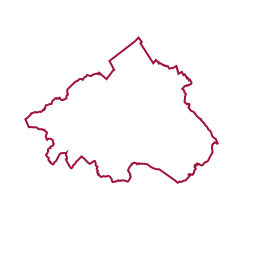 the district of Coeneo, Michoacán, Mexico, rotated 43°
{"feature_id": "50627088B32739795926391", "entity_name": "Coeneo", "entity_type": "district", "adm_level": 2, "iso_a3": "MEX", "parent_name": "Mexico", "parent_adm1": "Michoacán", "projection": "albers", "projection_center": [-101.63, 19.787], "detail": "fine", "context": "isolated", "style": "outline", "palette": "rose", "viewbox_px": 256, "rotation_deg": 43, "n_neighbors": 0, "source": "geoboundaries", "source_scale": "gbopen_adm2", "svg_char_len": 5655}
<svg xmlns="http://www.w3.org/2000/svg" viewBox="0 0 256 256"><g transform="rotate(43 128 128)"><path d="M98.1,205.7L97.6,203.0L97.9,201.3L97.8,200.7L96.1,194.8L96.0,193.6L96.1,192.7L96.6,191.6L99.3,189.0L99.6,188.5L99.7,188.1L99.8,188.4L100.0,188.7L100.1,189.1L101.2,190.3L101.6,190.5L102.0,190.4L103.3,191.0L104.6,192.6L104.0,193.3L104.9,193.8L107.3,194.5L109.9,195.5L110.4,195.3L111.5,195.9L112.1,196.0L113.9,196.2L114.2,195.6L114.2,194.8L113.9,193.7L113.3,192.1L113.7,191.0L113.5,189.4L113.1,188.8L113.3,186.6L113.5,180.4L117.1,180.3L122.9,180.6L123.5,180.4L124.5,180.3L125.0,178.8L125.5,175.7L126.2,174.8L126.6,174.7L129.1,176.4L129.3,176.6L129.5,177.1L129.8,177.4L130.4,177.5L131.5,177.2L132.2,177.2L132.4,177.5L132.8,179.0L133.0,179.3L133.5,179.6L135.2,179.8L135.4,180.0L135.4,181.0L135.7,181.4L136.0,181.6L136.4,181.7L136.9,181.7L137.6,181.4L137.8,181.7L138.1,182.6L138.3,182.6L139.3,182.2L140.1,182.4L140.6,182.3L140.9,182.4L141.8,181.8L142.2,181.7L142.5,180.6L142.8,180.4L142.9,179.9L144.7,178.9L145.1,178.5L145.7,177.3L146.1,176.7L146.8,176.3L147.4,176.0L148.4,176.0L149.8,176.4L150.9,176.5L151.7,177.0L152.4,177.7L153.0,177.9L153.6,178.0L154.8,176.5L155.9,174.9L156.5,172.9L157.9,172.6L158.6,171.1L159.2,171.0L159.8,169.9L161.1,168.9L164.3,167.5L164.5,166.4L163.5,162.2L163.3,161.9L162.6,161.5L161.9,161.3L161.6,160.4L161.3,160.2L160.4,160.2L159.9,159.9L159.1,159.7L158.2,159.2L157.7,159.2L157.3,159.3L157.1,159.1L156.2,157.2L155.6,154.3L155.7,153.4L155.9,152.9L155.8,152.2L155.6,152.0L155.2,151.8L155.8,150.4L156.1,149.2L157.8,148.2L159.2,148.4L159.7,147.1L160.1,147.2L160.2,146.5L160.7,146.3L160.6,146.0L161.5,145.6L163.9,143.4L166.7,141.4L170.8,141.0L173.6,140.3L176.9,138.7L179.1,136.9L198.0,134.3L201.6,134.2L202.4,131.9L203.9,130.9L204.5,129.0L204.8,128.8L205.1,128.0L205.8,127.0L205.9,126.2L205.7,120.8L205.2,120.8L204.2,120.9L204.1,120.3L204.7,119.4L206.3,118.9L207.0,118.4L206.8,117.6L207.1,117.2L206.8,116.7L206.7,116.2L206.8,115.8L206.7,115.5L206.3,115.3L205.5,114.1L205.4,111.6L205.1,111.3L203.4,111.3L203.0,109.9L203.1,109.7L202.7,109.2L202.2,109.4L202.2,109.1L202.4,108.7L202.8,108.6L202.6,108.4L202.7,108.2L203.6,108.0L203.6,107.7L204.0,107.3L203.8,106.6L203.5,106.5L204.5,106.0L204.5,105.8L204.3,105.7L204.7,105.7L205.0,105.8L205.2,105.7L205.7,105.8L206.4,105.7L207.4,105.2L208.0,103.3L207.7,102.7L207.6,101.1L207.9,100.0L208.2,99.7L208.6,99.2L208.7,98.4L209.0,97.9L207.6,93.0L206.8,89.6L206.4,88.0L203.3,85.5L202.7,84.9L201.8,83.7L201.2,83.2L201.0,79.6L202.3,79.0L203.9,78.7L204.1,78.2L203.1,77.7L199.5,76.1L198.5,76.5L196.8,76.6L195.3,76.5L194.3,76.1L192.5,74.9L191.7,74.5L190.4,74.1L187.3,74.2L187.0,73.9L184.5,73.2L183.3,73.4L181.1,72.7L177.3,72.5L175.7,72.3L175.8,72.2L175.5,71.8L175.1,72.3L174.1,72.2L172.3,72.3L170.2,72.3L165.9,71.5L164.2,71.7L163.0,72.3L162.3,72.4L161.5,72.3L159.1,71.9L158.1,71.6L158.2,71.1L157.9,70.9L158.0,70.7L157.9,70.5L157.9,70.3L157.5,69.3L157.4,69.2L157.1,69.2L156.9,69.0L156.6,69.1L156.4,68.8L156.0,69.0L155.9,69.4L155.1,69.5L154.8,70.0L154.8,70.4L154.4,70.3L153.5,70.5L151.9,70.6L150.0,68.3L149.1,67.0L148.6,66.7L148.3,66.3L148.2,65.8L147.9,65.3L147.7,64.6L147.2,63.8L146.9,63.6L146.7,63.5L146.1,63.6L145.1,63.5L144.9,63.5L143.9,62.4L141.8,62.2L141.0,62.4L141.1,60.1L140.9,59.3L141.6,57.0L142.1,56.4L142.2,56.6L142.6,56.8L144.1,52.5L143.5,51.5L143.3,51.4L142.7,51.1L141.2,50.9L140.2,50.5L140.1,51.5L137.3,50.5L137.2,51.4L135.3,50.7L133.0,50.0L132.7,51.3L132.6,51.5L129.1,50.2L128.0,53.9L124.5,51.8L124.6,51.7L124.4,51.6L121.1,49.7L120.0,53.2L117.7,56.4L114.9,55.7L114.8,55.9L113.3,57.0L112.6,56.9L112.2,57.1L112.1,57.3L112.1,57.6L111.9,57.8L111.3,57.7L109.6,58.2L109.5,58.4L108.2,58.3L107.2,58.9L107.0,59.2L106.9,59.1L107.0,59.3L106.5,59.9L106.0,59.7L105.3,58.9L105.0,59.2L103.3,59.4L102.0,59.2L102.3,63.4L80.3,57.8L79.6,57.8L79.3,57.6L79.4,55.7L74.1,54.7L74.0,59.0L73.8,60.8L68.7,91.6L78.2,94.9L77.8,95.6L79.0,106.9L69.9,107.3L70.0,107.4L69.2,108.0L69.9,108.5L68.8,109.1L68.1,109.6L66.5,111.8L65.6,113.9L65.6,114.7L65.7,115.2L61.9,117.2L62.2,119.0L61.5,121.1L62.0,123.6L60.5,124.0L59.4,125.0L59.1,125.8L59.0,126.6L59.0,127.1L59.2,127.7L58.5,128.5L58.3,128.9L58.1,129.7L57.8,131.5L57.8,131.8L57.4,140.9L57.4,141.2L59.1,143.3L59.9,143.6L61.3,144.6L60.8,145.4L62.0,147.7L62.8,148.5L61.3,151.8L60.2,153.1L59.1,153.0L58.2,152.4L57.4,152.4L57.2,153.8L56.9,153.7L56.7,153.7L56.0,154.9L55.8,155.4L55.4,155.4L55.2,155.1L54.5,155.8L54.6,157.6L54.3,158.8L54.4,160.1L55.4,162.1L55.8,163.4L55.9,163.5L55.1,163.1L54.9,163.2L53.8,165.0L53.7,165.7L53.2,166.5L52.6,167.0L52.5,167.5L52.9,168.4L52.9,168.7L53.1,168.8L53.4,169.9L54.0,170.4L54.0,170.9L54.3,171.3L54.4,171.7L53.7,171.7L53.4,172.4L53.8,173.6L53.3,175.8L52.4,176.2L51.6,177.2L51.2,178.3L49.6,179.6L49.1,179.6L48.0,182.4L47.1,183.5L47.2,183.9L47.5,184.3L47.8,184.7L47.8,184.9L47.3,190.4L47.0,191.6L54.9,195.0L55.0,194.7L55.8,193.9L57.0,193.1L57.3,192.8L58.7,191.8L60.1,190.2L60.5,190.0L62.5,189.8L63.3,189.7L63.8,189.5L64.5,188.8L65.2,188.4L65.6,187.8L66.4,187.3L67.4,187.2L68.0,186.4L68.8,186.4L69.2,186.7L69.7,186.8L71.1,186.4L71.4,186.5L71.7,186.6L72.3,187.2L72.5,187.6L72.9,188.9L73.6,190.2L74.2,190.6L76.7,191.8L77.0,191.7L76.9,190.5L77.5,189.7L78.2,189.0L80.5,188.3L81.5,188.2L83.7,190.1L84.4,190.1L84.8,190.8L84.8,191.2L85.1,191.4L85.1,191.6L84.2,194.4L84.2,195.2L84.9,195.5L84.5,196.2L84.0,197.7L84.2,198.6L84.9,199.2L85.5,199.4L86.3,202.1L86.2,202.9L86.3,203.4L86.8,203.8L87.5,203.8L87.8,204.0L88.1,204.1L89.0,204.1L90.6,204.0L90.8,204.5L91.2,205.0L91.3,205.5L92.2,205.7L92.5,205.9L93.3,205.7L94.3,205.8L94.7,205.7L94.8,205.8L94.8,206.1L95.1,206.1L95.2,206.3L97.3,206.0L98.1,205.7Z" fill="none" stroke="#9f1239" stroke-width="2"/></g></svg>